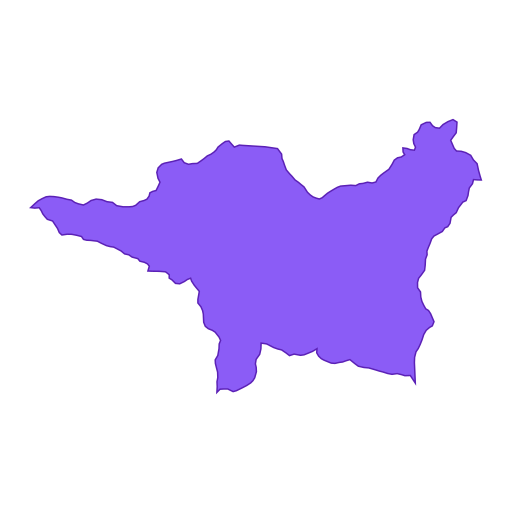 outline of São Simão, São Paulo, Brazil
{"feature_id": "56859067B82998923442878", "entity_name": "São Simão", "entity_type": "district", "adm_level": 2, "iso_a3": "BRA", "parent_name": "Brazil", "parent_adm1": "São Paulo", "projection": "orthographic", "projection_center": [-47.581, -21.467], "detail": "fine", "context": "isolated", "style": "filled", "palette": "violet", "viewbox_px": 512, "rotation_deg": 0, "n_neighbors": 0, "source": "geoboundaries", "source_scale": "gbopen_adm2", "svg_char_len": 3804}
<svg xmlns="http://www.w3.org/2000/svg" viewBox="0 0 512 512"><path d="M448.0,121.6L443.1,124.5L439.5,128.2L435.2,127.6L432.5,125.7L430.0,122.3L426.3,122.4L421.2,124.8L419.2,129.5L417.6,132.2L414.1,134.6L413.2,139.7L413.8,143.6L415.5,147.2L414.4,150.2L410.3,149.7L407.1,148.5L402.9,147.9L403.1,152.0L404.7,154.7L401.3,157.0L397.5,157.8L394.3,160.1L392.1,164.3L388.9,169.3L384.1,172.7L380.7,175.3L378.0,178.0L375.9,182.0L372.1,183.0L367.5,182.2L363.1,183.4L359.3,183.8L355.8,185.6L350.8,185.2L345.3,185.7L340.6,186.1L337.4,187.3L334.7,188.8L331.0,191.0L327.5,193.2L324.3,195.9L322.1,197.8L319.3,199.0L316.1,198.1L313.0,196.9L310.2,194.9L307.4,192.2L304.0,186.9L301.0,184.5L298.4,182.3L295.1,180.0L291.9,176.2L289.5,173.7L286.3,169.9L284.6,165.4L283.3,161.5L282.0,158.6L281.6,154.1L277.5,148.6L265.2,146.8L242.8,145.4L239.3,145.1L234.3,147.1L231.6,144.1L228.9,141.0L225.4,141.5L222.2,143.7L218.0,147.1L216.4,149.7L214.2,151.9L211.0,154.2L207.3,155.9L203.8,158.8L200.5,161.2L197.3,163.4L192.4,163.6L188.5,164.3L184.2,162.7L181.4,159.0L176.4,160.5L172.8,161.4L164.4,163.2L161.7,164.3L158.2,167.8L156.8,172.4L158.0,178.3L160.0,182.2L158.3,186.0L156.1,190.5L152.7,191.4L149.9,192.8L149.1,196.1L146.9,199.2L144.1,200.5L139.7,201.7L135.7,205.3L132.7,206.5L129.1,206.8L123.1,206.8L116.7,205.7L112.5,202.4L107.0,201.7L101.8,199.7L96.1,199.1L91.1,200.5L87.3,203.1L83.4,205.0L78.3,203.8L74.8,202.5L71.4,200.1L67.0,199.3L61.9,197.9L58.2,197.2L53.9,196.6L49.6,196.4L46.1,196.8L42.2,198.6L38.2,200.8L35.1,203.5L30.7,207.6L34.8,208.1L39.2,207.7L41.2,210.6L42.8,213.9L44.9,216.6L47.3,219.3L52.6,221.0L54.7,224.2L57.5,228.4L59.3,232.6L61.9,235.0L67.3,234.2L71.7,234.3L76.8,235.3L81.5,236.5L83.5,239.4L86.6,240.2L90.6,240.4L97.4,241.2L101.2,243.2L106.4,245.6L110.2,246.6L113.7,247.1L121.0,250.9L124.6,253.9L128.8,254.8L132.1,257.1L137.8,258.6L139.9,261.2L144.4,262.3L147.5,263.9L149.3,266.2L147.9,271.0L151.8,271.2L158.9,271.3L165.5,271.8L169.2,274.7L169.2,278.1L172.0,279.9L175.5,283.4L179.7,283.8L184.4,281.5L187.3,279.5L190.6,278.2L191.6,281.1L194.3,285.3L199.3,291.4L197.9,299.4L197.9,303.0L200.9,306.7L202.6,310.6L203.3,314.0L203.7,322.3L205.3,326.3L208.3,328.7L212.3,330.3L215.1,332.1L219.0,337.0L220.6,340.4L219.2,343.9L219.0,348.7L217.8,355.5L215.2,359.9L215.4,363.5L216.4,367.5L217.6,372.1L217.8,377.5L217.0,381.7L217.2,386.8L216.9,392.4L220.0,389.2L223.6,389.0L227.8,389.0L233.1,391.6L236.4,390.7L241.9,388.0L246.7,385.5L250.7,382.9L252.9,380.7L254.7,377.8L256.4,371.7L256.2,367.4L255.4,363.9L256.1,359.4L259.7,354.3L260.9,348.9L261.1,343.1L266.6,343.9L273.6,347.5L277.8,349.0L281.6,349.9L286.0,352.9L289.5,355.6L294.1,354.1L300.5,355.3L304.1,354.8L307.6,353.4L312.5,351.4L317.0,348.7L316.7,352.8L318.6,356.1L321.3,358.7L324.1,360.2L331.2,363.1L334.9,363.4L339.4,362.4L342.6,362.0L345.9,360.8L349.9,359.6L354.7,363.5L358.3,366.2L364.0,367.5L368.7,367.9L375.6,369.9L379.1,371.0L383.0,372.0L387.7,373.5L392.0,374.3L397.2,373.6L401.8,374.7L404.9,375.7L410.3,375.5L415.3,383.1L414.4,362.5L414.6,357.3L416.0,351.8L418.2,348.6L420.2,344.4L422.1,339.6L423.7,334.6L426.2,330.3L429.6,327.4L432.3,325.9L434.0,321.7L430.6,313.7L428.5,310.5L425.7,308.8L423.8,305.4L421.9,301.4L420.8,297.1L420.5,291.9L417.6,287.8L417.5,282.5L418.6,278.3L421.4,274.8L424.6,270.3L425.2,265.1L425.5,259.1L427.1,254.8L426.9,251.1L428.5,247.0L430.0,243.5L431.7,238.8L434.0,236.0L438.1,233.8L442.3,231.5L444.9,227.8L447.7,226.7L450.0,223.3L451.1,217.3L453.5,214.9L456.2,212.7L458.5,207.7L462.8,202.1L466.1,200.6L468.0,195.5L468.5,191.9L469.3,188.0L472.5,183.7L473.5,179.6L477.5,179.9L481.3,180.0L480.1,176.1L478.5,170.3L477.1,163.7L473.4,159.9L470.7,155.3L465.7,152.6L461.3,151.3L456.5,151.0L454.2,148.4L450.7,140.3L453.4,136.5L456.2,132.8L456.6,128.4L457.0,122.1L453.0,119.6L448.0,121.6Z" fill="#8b5cf6" stroke="#5b21b6" stroke-width="1.5"/></svg>